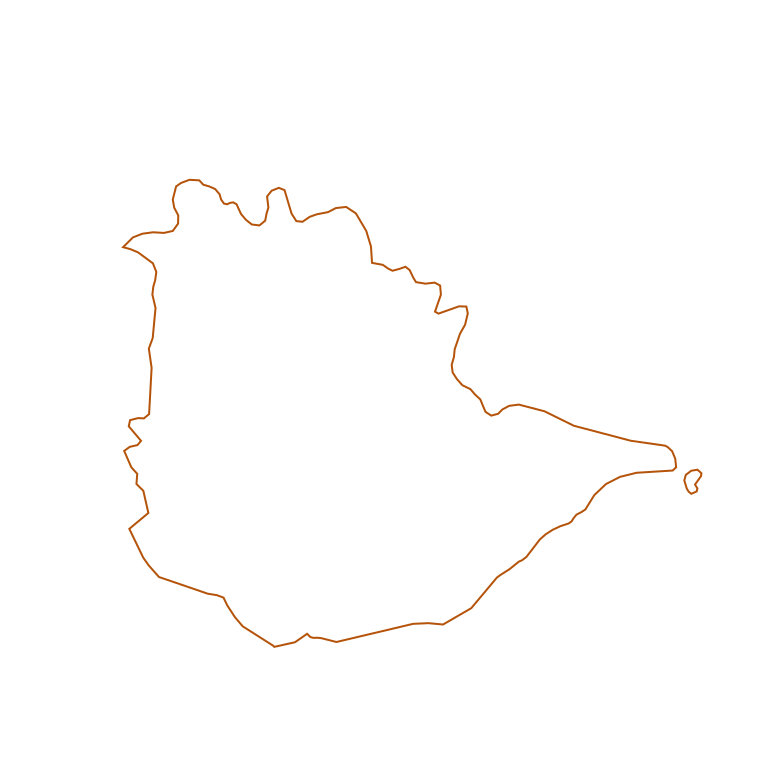 an SVG outline of Ta`izz, rotated 255°
{"feature_id": "YEM-158", "entity_name": "Ta`izz", "entity_type": "Governorate", "adm_level": 1, "iso_a3": "YEM", "parent_name": "Yemen", "parent_adm1": "", "projection": "natural_earth1", "projection_center": [43.878, 13.272], "detail": "fine", "context": "isolated", "style": "outline", "palette": "amber", "viewbox_px": 768, "rotation_deg": 255, "n_neighbors": 0, "source": "natural_earth", "source_scale": "10m", "svg_char_len": 2255}
<svg xmlns="http://www.w3.org/2000/svg" viewBox="0 0 768 768"><g transform="rotate(255 384 384)"><path d="M251.7,639.5L249.7,641.7L244.5,644.9L236.5,646.0L227.9,644.6L225.7,640.4L232.9,604.9L233.2,587.8L229.9,572.5L222.2,558.3L210.7,546.1L209.2,541.6L208.0,536.1L205.4,532.5L202.7,529.6L201.5,526.2L201.0,517.5L199.5,509.1L197.0,501.3L193.5,494.3L180.1,476.8L178.0,471.6L177.5,468.2L172.8,457.7L169.2,446.4L167.7,442.8L144.9,410.3L136.4,378.8L141.5,365.0L144.8,350.0L147.1,271.3L154.8,257.5L156.3,253.5L157.0,250.2L158.6,247.4L162.6,245.1L157.6,231.2L158.5,210.0L159.8,209.3L186.5,184.8L197.5,179.6L210.7,175.3L219.2,173.7L223.3,167.9L227.1,159.4L255.8,116.7L269.4,109.9L278.5,106.5L310.0,100.5L320.4,123.0L343.1,123.9L351.5,119.0L361.1,122.4L368.9,118.4L386.6,115.7L389.1,122.1L388.8,130.1L392.0,134.6L409.2,126.5L414.8,129.4L414.7,137.8L412.9,143.1L415.7,149.3L459.7,163.7L479.0,166.0L488.3,172.5L516.6,183.0L530.3,183.4L537.8,186.4L543.4,189.8L551.2,193.1L560.4,192.0L574.9,180.4L580.0,173.8L583.7,167.4L590.6,179.5L591.7,189.5L590.3,200.3L586.9,210.5L586.5,219.6L592.2,226.6L600.1,228.9L608.6,227.0L616.8,227.7L628.6,234.3L630.7,239.9L631.6,248.9L628.5,258.3L623.3,261.0L620.1,266.3L616.0,271.4L609.7,274.3L604.4,274.4L599.7,276.1L598.2,279.1L598.8,281.9L598.5,285.3L595.8,288.1L585.2,289.9L578.4,293.1L572.3,297.6L569.4,304.7L572.5,311.5L579.1,314.7L584.4,318.0L595.4,319.6L599.8,325.5L600.7,333.2L597.0,338.1L572.5,338.8L564.0,341.5L561.8,347.3L564.7,355.5L565.3,363.1L564.5,374.3L566.4,383.1L564.8,393.3L556.1,401.0L536.4,406.5L520.2,407.0L504.1,403.8L499.4,413.7L494.6,417.7L491.2,421.5L491.2,428.8L491.7,435.1L487.3,438.3L479.1,439.8L474.1,441.3L470.2,450.0L468.8,459.2L464.6,463.7L455.6,462.1L440.7,452.0L437.9,454.8L439.6,476.6L437.5,483.6L430.5,483.2L420.3,477.7L412.9,470.4L399.1,461.2L392.1,458.6L384.9,454.3L377.3,453.3L369.9,455.7L362.5,459.4L356.7,466.1L350.1,469.3L344.3,473.0L330.9,474.8L325.7,479.4L325.7,486.5L328.8,491.9L330.5,499.2L329.2,508.9L316.1,532.0L294.5,556.6L265.3,607.7L251.7,639.5ZM213.1,649.1L218.1,652.0L218.7,653.5L220.7,658.3L220.1,664.6L215.7,667.5L213.0,666.4L208.6,661.1L206.4,658.4L202.0,659.7L199.3,658.2L198.4,652.4L201.2,650.4L204.5,649.4L213.1,649.1Z" fill="none" stroke="#b45309" stroke-width="2"/></g></svg>